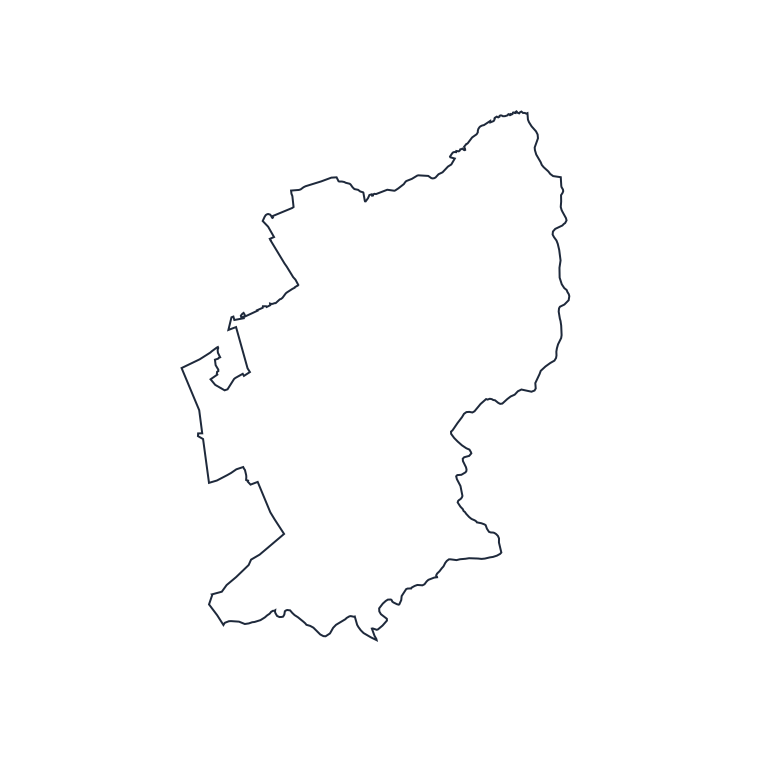 outline of Tonalá, Jalisco, Mexico, rotated 58°
{"feature_id": "50627088B51379954961865", "entity_name": "Tonalá", "entity_type": "district", "adm_level": 2, "iso_a3": "MEX", "parent_name": "Mexico", "parent_adm1": "Jalisco", "projection": "orthographic", "projection_center": [-103.228, 20.618], "detail": "fine", "context": "isolated", "style": "outline", "palette": "slate", "viewbox_px": 768, "rotation_deg": 58, "n_neighbors": 0, "source": "geoboundaries", "source_scale": "gbopen_adm2", "svg_char_len": 6165}
<svg xmlns="http://www.w3.org/2000/svg" viewBox="0 0 768 768"><g transform="rotate(58 384 384)"><path d="M183.6,314.7L181.1,319.3L178.9,329.9L174.7,345.8L174.5,348.0L174.8,351.6L174.3,353.4L170.7,360.3L173.7,361.7L176.0,362.1L186.0,366.9L186.1,368.5L182.5,390.0L183.9,389.9L184.1,390.5L183.6,390.8L181.7,390.6L180.0,390.8L178.4,392.2L178.1,393.3L178.1,394.8L179.0,396.7L181.5,400.5L189.2,398.9L201.1,399.4L200.4,403.9L202.0,403.9L202.0,404.1L229.2,404.5L232.8,404.3L245.3,404.4L248.7,403.8L254.6,404.2L254.9,405.2L254.7,406.0L254.7,408.4L255.0,408.7L254.8,411.2L254.9,417.8L255.1,419.3L257.1,424.4L257.3,426.3L257.0,427.5L258.0,433.0L257.5,433.9L257.0,436.0L256.5,437.0L255.4,438.0L256.9,438.7L256.5,442.7L255.7,442.7L253.9,445.5L255.1,446.5L254.2,452.5L254.8,452.5L253.1,466.2L251.3,465.4L249.3,465.4L249.4,466.9L250.2,469.2L251.9,469.7L252.5,467.6L253.9,468.1L250.4,477.0L247.0,476.0L246.6,478.0L255.7,487.3L257.3,479.3L298.4,491.4L302.8,491.4L302.9,498.5L300.5,498.4L300.1,506.8L300.3,508.5L305.6,519.5L304.9,522.5L295.3,527.6L288.1,528.6L287.7,520.4L286.8,520.4L285.2,519.0L285.3,517.7L284.0,516.9L278.8,516.8L273.8,514.5L274.6,511.4L274.5,510.7L274.2,510.3L274.5,508.8L269.5,508.3L266.9,507.0L265.6,505.5L264.6,505.3L264.5,506.6L265.0,513.0L265.3,514.5L265.4,527.2L263.2,547.2L308.3,554.6L329.5,564.3L327.4,567.8L329.6,569.4L334.8,566.6L375.1,584.8L377.3,576.9L378.2,565.3L378.4,560.8L378.1,554.4L379.8,547.4L381.7,547.6L383.3,547.5L388.3,549.2L390.0,550.1L392.3,551.8L393.9,550.5L394.5,551.3L398.6,550.5L400.1,543.0L432.6,548.4L440.8,548.5L458.2,548.2L462.8,579.9L462.5,589.8L465.8,594.7L469.4,611.8L471.1,624.0L474.2,631.6L471.3,641.2L471.6,641.1L478.2,649.2L491.7,648.0L503.3,647.9L502.3,646.0L502.2,645.3L503.0,641.2L504.0,639.4L508.7,632.9L513.8,629.2L515.4,625.5L516.2,622.0L517.2,619.9L518.8,613.9L518.8,608.7L518.3,605.7L518.2,602.7L517.4,600.4L517.5,598.3L518.2,597.3L518.2,596.2L519.3,597.1L520.8,597.5L524.0,597.6L526.2,596.2L527.4,594.1L527.8,592.8L526.7,590.7L524.2,588.5L524.1,586.8L524.4,585.8L526.2,583.6L529.5,583.1L532.6,582.3L536.2,580.6L542.9,578.3L545.3,577.6L547.1,577.4L550.0,574.8L553.2,573.0L562.6,570.8L565.7,569.0L567.0,567.2L566.9,562.0L563.8,556.3L562.8,552.3L563.0,541.4L562.6,539.7L562.7,536.5L563.2,535.2L565.6,532.7L565.7,532.0L574.0,534.4L576.5,534.5L580.6,534.2L584.4,533.3L592.0,529.3L597.3,526.0L596.1,525.6L592.6,525.5L585.0,523.9L585.3,523.1L588.6,520.4L588.9,519.2L588.1,513.3L586.2,506.9L584.6,506.0L577.6,508.6L574.4,508.5L571.7,507.0L569.6,501.4L568.9,497.5L568.9,495.0L570.4,492.4L571.6,492.0L572.8,492.3L574.2,491.8L577.6,489.7L578.9,488.5L579.0,487.8L576.4,483.9L573.2,481.4L569.7,473.9L570.0,472.3L571.8,469.3L571.3,468.5L571.5,465.0L572.1,462.2L575.1,458.1L575.3,455.8L574.0,452.4L573.6,450.1L574.8,443.9L576.0,441.4L575.5,441.2L574.6,441.5L573.9,441.1L572.9,439.4L572.2,436.1L570.9,432.7L570.2,430.2L568.2,426.9L567.3,424.5L567.1,421.9L568.1,420.3L571.8,415.8L572.9,412.4L575.4,407.5L576.8,404.2L581.8,396.8L584.0,394.0L585.5,391.0L587.1,386.2L588.4,383.2L589.4,379.2L589.6,375.6L589.1,373.8L579.3,370.5L575.9,368.3L573.2,367.9L570.8,368.4L568.8,369.3L567.8,370.2L566.5,372.1L565.0,373.3L561.3,373.4L557.6,372.6L556.3,373.2L553.7,375.2L550.5,378.6L549.6,378.5L547.7,379.3L544.8,381.3L541.9,382.3L537.7,383.1L535.5,383.2L533.9,383.8L531.9,383.5L528.5,384.2L523.5,384.3L522.5,383.2L522.2,382.1L522.1,379.8L521.5,378.1L520.5,376.8L511.0,373.2L503.3,372.6L500.5,371.7L500.1,370.1L502.0,366.5L502.1,361.7L501.5,360.3L500.2,359.3L498.1,358.6L491.2,357.9L489.1,356.8L488.6,354.8L490.1,349.9L489.1,346.7L488.0,346.4L484.9,346.3L482.2,348.2L477.3,350.4L471.9,352.0L467.0,353.1L461.9,353.5L459.9,352.4L459.6,350.4L456.1,342.4L453.4,335.3L451.7,332.0L451.5,329.0L452.8,326.5L455.0,324.1L455.1,321.7L452.1,312.7L450.9,305.4L452.1,304.4L452.6,302.1L454.0,300.6L455.5,299.8L456.6,298.5L460.6,297.1L462.4,296.0L463.3,294.0L462.1,287.4L461.7,283.2L462.3,278.8L461.1,274.3L461.5,270.4L468.7,263.0L469.3,259.8L468.2,257.7L463.4,255.2L458.0,246.8L455.9,244.1L454.7,237.8L454.3,231.8L454.5,227.1L453.1,224.3L451.2,222.6L447.9,220.7L445.4,218.5L442.6,215.4L438.9,209.4L436.7,207.5L428.4,202.8L424.1,200.9L421.7,200.2L415.2,197.5L412.6,195.5L411.7,193.9L412.2,188.9L410.8,183.0L407.7,180.3L405.7,179.7L403.3,179.7L401.1,179.3L398.2,180.3L393.6,180.4L386.9,178.7L378.4,173.6L372.8,168.8L363.2,164.4L357.3,162.4L353.7,161.7L349.5,162.0L346.6,161.8L344.2,159.9L343.2,156.6L344.1,148.7L343.6,146.9L343.5,145.1L342.0,142.5L339.8,141.8L332.7,141.4L330.6,141.2L327.5,140.3L323.2,137.1L317.7,133.8L316.5,131.2L315.4,129.8L313.9,129.2L311.0,129.1L309.8,128.6L302.3,124.5L297.3,130.4L294.0,131.7L290.8,132.0L284.8,133.7L281.8,134.1L279.0,133.6L270.1,133.3L265.7,132.1L263.3,130.9L257.2,123.2L253.8,121.5L250.3,121.2L243.7,122.3L238.7,122.3L236.0,121.8L230.3,118.8L230.1,120.1L228.8,120.9L227.8,122.5L225.8,123.1L225.6,124.4L226.1,126.0L224.8,126.9L223.0,127.2L223.0,127.8L224.0,128.8L223.5,129.5L222.6,129.8L222.2,130.8L223.2,132.1L223.1,132.5L222.3,133.3L223.0,134.1L222.8,134.7L221.4,135.0L221.1,135.5L221.6,136.9L221.0,139.4L219.9,141.3L218.7,141.9L218.0,142.8L217.8,143.8L218.5,144.5L218.4,145.9L217.0,146.7L217.0,149.0L217.4,149.2L217.5,149.7L218.3,150.1L219.1,151.7L218.5,155.2L217.2,154.5L217.4,162.0L216.8,163.8L216.6,165.7L216.8,166.9L217.6,168.7L218.9,170.2L220.3,171.1L221.3,173.1L221.6,178.6L224.2,185.4L224.3,186.7L224.1,187.0L225.3,190.4L227.2,190.6L228.5,191.1L228.5,191.6L227.7,192.3L225.9,192.8L225.9,193.8L225.4,194.9L226.2,196.1L226.3,197.3L224.7,199.2L225.6,200.0L224.5,201.5L224.2,202.7L224.5,203.9L226.1,207.5L226.9,207.6L230.3,204.5L233.5,210.6L233.5,214.5L235.5,222.2L235.0,226.6L236.2,230.9L236.0,232.6L235.3,234.0L234.4,234.8L231.0,236.2L225.3,244.2L224.9,245.3L224.8,251.7L223.7,257.6L224.1,259.2L225.0,261.3L225.7,268.3L225.8,271.9L225.6,272.8L221.0,278.3L218.7,290.1L217.6,291.4L217.5,292.8L218.3,293.4L218.0,294.3L216.6,294.0L216.0,296.2L218.0,299.2L219.4,302.8L219.0,303.3L218.2,303.1L210.8,300.1L210.3,300.2L208.2,302.1L205.6,303.1L203.0,305.8L200.5,306.4L197.1,306.6L196.0,307.0L193.1,309.8L191.6,310.7L190.0,312.4L188.7,314.5L188.0,315.1L183.6,314.7Z" fill="none" stroke="#1e293b" stroke-width="2"/></g></svg>